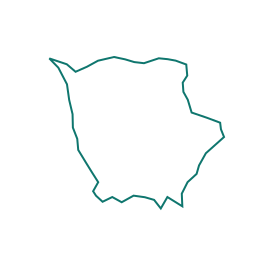 Akaki, Nicosia, Cyprus (orthographic projection), rotated 106°
{"feature_id": "46923920B34645975102782", "entity_name": "Akaki", "entity_type": "district", "adm_level": 2, "iso_a3": "CYP", "parent_name": "Cyprus", "parent_adm1": "Nicosia", "projection": "orthographic", "projection_center": [33.13, 35.134], "detail": "fine", "context": "isolated", "style": "outline", "palette": "teal", "viewbox_px": 256, "rotation_deg": 106, "n_neighbors": 0, "source": "geoboundaries", "source_scale": "gbopen_adm2", "svg_char_len": 711}
<svg xmlns="http://www.w3.org/2000/svg" viewBox="0 0 256 256"><g transform="rotate(106 128 128)"><path d="M97.5,40.9L96.4,55.0L95.6,71.1L84.4,78.3L78.0,84.7L69.3,87.9L61.3,85.5L50.9,89.5L50.1,100.8L50.9,108.8L52.5,117.6L61.3,130.5L62.9,140.1L62.8,149.7L63.6,161.0L71.6,175.4L80.4,184.3L88.4,193.9L83.6,204.4L82.8,222.8L89.2,211.6L102.8,198.7L117.2,192.3L130.0,185.1L142.8,181.1L152.4,173.8L162.8,169.8L172.4,159.4L180.4,150.6L188.3,141.7L198.4,144.1L201.9,140.1L205.9,132.1L198.7,124.1L201.1,113.6L191.5,104.0L189.9,92.7L189.9,83.1L196.3,74.3L183.5,71.1L188.3,54.2L176.3,58.2L163.6,55.8L153.2,49.4L144.4,49.4L130.8,46.2L110.2,33.2L103.6,38.3L97.5,40.9Z" fill="none" stroke="#0f766e" stroke-width="2"/></g></svg>